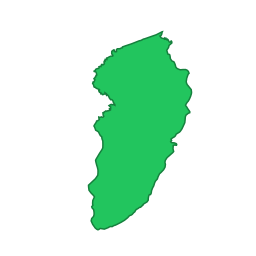 Kpayan, Sinoe, Liberia, rotated 141°
{"feature_id": "62588387B5166019461138", "entity_name": "Kpayan", "entity_type": "district", "adm_level": 2, "iso_a3": "LBR", "parent_name": "Liberia", "parent_adm1": "Sinoe", "projection": "natural_earth1", "projection_center": [-8.829, 5.106], "detail": "fine", "context": "isolated", "style": "filled", "palette": "green", "viewbox_px": 256, "rotation_deg": 141, "n_neighbors": 0, "source": "geoboundaries", "source_scale": "gbopen_adm2", "svg_char_len": 5788}
<svg xmlns="http://www.w3.org/2000/svg" viewBox="0 0 256 256"><g transform="rotate(141 128 128)"><path d="M194.7,108.4L195.8,106.9L197.5,104.1L197.6,100.7L197.3,97.5L197.4,95.6L201.0,93.8L202.6,92.1L203.5,91.0L203.8,90.1L205.7,89.7L206.2,88.5L206.1,86.2L207.2,84.2L208.6,82.3L210.3,81.0L213.2,80.5L215.1,79.0L216.1,75.3L216.4,70.9L216.0,69.0L215.4,67.8L214.4,67.5L212.9,67.5L210.0,64.3L207.9,63.6L205.9,63.0L204.1,62.8L202.3,61.3L200.5,61.1L198.8,60.4L196.6,59.9L192.9,59.1L188.7,58.5L184.7,58.5L182.4,58.9L181.7,58.9L180.7,58.4L179.1,58.2L177.0,58.6L175.3,58.6L174.4,59.1L172.8,59.5L171.5,59.2L170.1,59.1L169.0,59.1L168.3,58.6L166.8,58.5L165.5,58.8L164.7,58.7L164.6,59.0L163.4,59.1L159.7,58.6L157.7,59.2L156.4,60.7L154.6,62.2L153.3,62.8L152.4,62.1L150.9,62.8L149.1,64.5L146.5,66.0L144.5,66.8L141.7,68.7L139.9,69.5L137.3,69.9L135.3,71.2L132.3,72.6L130.1,72.7L126.5,73.2L123.8,74.3L121.8,76.2L120.9,78.1L119.3,79.4L116.3,80.4L111.4,80.6L108.7,80.7L107.3,81.0L106.2,83.4L103.9,85.9L102.7,85.6L101.2,84.1L100.4,84.7L100.4,85.6L101.3,87.2L103.3,89.2L103.5,90.5L101.9,90.9L101.6,92.3L99.7,92.3L97.4,91.9L96.0,92.1L94.5,92.9L90.5,92.4L89.2,92.6L86.8,93.3L84.3,94.5L80.5,96.4L78.5,98.4L76.4,100.6L74.8,101.5L71.8,101.5L70.4,101.0L69.7,101.8L69.5,104.2L69.4,105.7L69.1,107.4L69.1,108.7L68.9,109.6L66.0,110.7L64.1,111.0L61.9,111.9L59.3,113.3L57.1,114.8L56.1,115.8L54.7,118.1L54.7,124.5L54.3,125.9L53.7,127.3L51.9,128.9L51.2,129.6L47.5,131.9L46.1,132.1L45.5,134.0L45.6,135.5L46.4,137.1L48.6,138.9L50.7,140.3L51.7,141.9L52.5,143.8L52.5,145.2L51.4,147.7L50.9,149.4L50.7,150.7L51.2,151.6L51.6,152.0L51.6,154.0L51.4,155.3L50.6,156.5L49.6,158.3L49.5,159.0L50.2,159.9L50.5,160.3L49.0,164.0L47.2,164.6L45.9,165.0L45.0,165.7L44.0,166.4L42.6,166.4L40.4,166.5L39.8,167.3L39.6,168.0L39.6,168.4L40.0,168.5L40.6,168.1L41.1,168.1L41.7,168.6L41.8,169.3L41.6,170.0L41.4,171.0L41.3,171.5L41.5,172.2L41.9,171.5L42.4,172.3L42.5,172.7L42.6,173.0L42.8,173.2L42.5,173.4L42.6,173.8L42.9,173.7L43.2,173.8L42.9,174.0L42.6,174.2L42.9,174.3L43.2,174.4L43.0,174.9L43.5,174.9L43.9,174.7L44.4,175.5L45.1,176.4L45.4,177.1L45.5,177.8L45.3,178.4L45.4,179.0L45.3,179.4L44.5,179.1L43.8,179.2L43.2,179.4L42.3,180.0L41.8,180.6L41.3,180.9L40.9,181.1L40.7,181.2L40.9,181.3L47.4,182.7L59.1,186.9L60.1,187.4L62.8,187.9L64.4,188.7L72.3,191.2L78.7,193.6L81.3,194.5L81.5,194.4L81.9,193.9L82.0,193.9L83.0,194.5L84.2,194.6L86.3,196.2L87.1,196.3L87.6,196.1L88.4,195.2L88.8,194.6L89.4,194.8L90.1,195.4L90.4,196.1L90.1,196.5L89.5,196.9L89.7,197.5L90.2,197.8L92.3,197.8L92.8,197.3L93.4,196.6L93.8,196.1L94.0,195.7L94.0,194.1L94.1,193.9L94.3,193.6L94.8,193.6L95.1,193.7L95.5,194.1L95.9,194.5L96.5,194.7L97.7,195.1L99.8,195.4L100.2,195.7L100.6,195.8L100.8,195.6L100.9,194.9L101.1,194.6L101.4,194.4L101.8,195.0L102.3,195.5L102.6,195.7L103.0,195.2L103.6,194.4L104.0,195.0L105.2,194.4L105.3,193.8L105.4,193.4L105.6,193.2L106.0,193.1L106.3,193.0L106.7,192.6L107.0,192.6L107.3,192.7L107.6,192.9L108.0,193.0L108.1,193.7L108.1,193.8L108.6,194.0L109.7,193.2L110.2,192.8L110.4,192.7L110.5,192.9L110.4,193.3L112.0,193.9L112.2,193.3L112.3,193.2L112.7,193.1L113.1,192.8L113.3,192.8L113.9,193.2L114.5,193.5L116.0,193.9L116.4,193.9L117.0,193.4L117.3,193.2L117.5,193.2L117.9,193.4L118.5,193.6L118.7,193.4L118.7,193.1L118.1,192.6L117.8,192.1L117.7,191.3L117.9,191.0L118.1,190.3L118.6,189.4L118.8,189.0L119.1,188.7L119.3,188.7L119.7,189.0L120.5,188.5L120.8,188.4L120.9,188.1L121.1,188.0L121.5,188.2L122.4,187.8L123.0,187.9L123.5,187.7L123.3,186.9L123.3,186.3L123.4,186.2L123.8,186.2L124.0,186.0L124.3,185.8L125.5,185.2L125.8,185.1L125.9,185.3L126.1,185.7L126.8,185.3L127.4,184.9L127.6,184.7L127.4,184.0L127.4,183.7L127.6,183.3L128.3,181.8L128.5,181.4L128.5,181.0L128.4,180.8L127.9,180.6L127.8,179.8L127.8,179.4L127.6,179.0L127.6,178.7L127.4,178.3L127.0,177.9L126.7,176.9L126.1,176.1L126.1,175.8L126.1,175.5L126.3,175.4L126.5,175.4L126.7,175.7L126.9,175.7L127.2,175.5L127.2,175.3L127.0,175.1L127.0,174.9L127.4,174.7L127.6,174.5L127.6,174.2L127.6,173.7L127.5,173.3L127.3,173.1L126.9,172.7L127.0,172.6L127.2,172.4L127.2,172.0L127.3,171.9L127.5,171.8L127.6,171.7L126.9,171.2L126.9,170.1L126.7,169.8L126.3,169.6L125.6,169.5L125.1,169.3L124.8,169.1L124.4,168.7L124.2,168.7L123.9,169.1L123.8,169.5L123.7,169.7L123.6,169.4L123.4,168.9L123.2,168.4L123.3,168.0L123.5,167.6L123.7,167.4L124.0,167.2L124.1,166.8L123.8,166.8L123.4,167.0L123.1,166.9L123.1,166.4L123.0,165.5L123.0,165.2L123.3,164.7L123.3,164.0L123.4,163.5L123.6,163.2L123.6,162.8L123.5,162.6L123.6,162.2L123.7,161.6L123.6,160.7L123.4,160.6L122.9,160.5L122.7,160.2L122.6,159.4L122.6,158.7L122.8,158.3L123.0,157.6L123.2,157.4L123.2,156.8L123.4,155.9L123.6,155.4L123.4,154.7L123.9,153.9L124.6,155.5L124.9,155.8L125.4,156.0L125.8,156.0L126.0,156.6L126.1,156.9L126.6,157.1L127.4,157.2L128.7,157.4L128.6,155.9L128.4,155.5L128.2,155.3L128.6,154.8L129.0,154.4L129.3,153.9L129.5,153.9L129.9,154.1L130.1,154.3L130.1,154.5L130.3,154.7L130.5,154.5L130.6,154.0L130.5,153.6L130.1,153.2L130.3,153.0L131.1,153.2L131.8,153.5L132.4,153.7L133.0,154.2L134.0,154.4L134.0,154.6L134.4,155.1L134.7,155.3L135.0,155.3L135.4,155.2L136.4,155.4L136.8,155.4L137.0,155.2L137.1,155.4L137.5,155.4L137.8,155.6L138.0,155.6L138.1,155.3L138.1,155.2L138.7,154.4L139.3,153.4L139.3,152.6L139.6,152.2L140.1,152.3L140.5,152.1L141.1,152.3L141.4,152.6L141.7,153.4L143.1,153.8L143.8,154.9L144.4,154.1L144.9,152.6L146.0,152.7L147.1,152.7L148.0,153.2L148.5,152.8L149.6,152.3L150.9,151.9L151.9,151.6L153.2,151.0L153.4,149.9L153.9,148.2L154.5,146.7L154.0,145.4L153.4,143.5L153.9,141.5L154.3,139.4L153.9,137.8L155.0,136.0L155.8,133.7L157.8,131.1L159.9,128.6L161.5,127.7L166.1,126.2L172.3,123.9L173.5,123.3L174.3,121.9L175.6,119.1L176.5,116.8L177.7,114.3L179.4,112.2L181.2,110.3L185.2,109.1L194.7,108.4Z" fill="#22c55e" stroke="#15803d" stroke-width="1.5"/></g></svg>